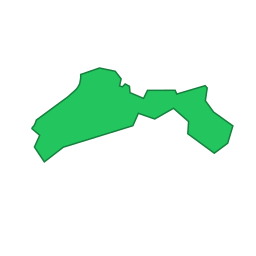 the district of Panyikang, Upper Nile, South Sudan, rotated 324°
{"feature_id": "79223893B85148589397174", "entity_name": "Panyikang", "entity_type": "district", "adm_level": 2, "iso_a3": "SSD", "parent_name": "South Sudan", "parent_adm1": "Upper Nile", "projection": "robinson", "projection_center": [31.399, 9.348], "detail": "fine", "context": "isolated", "style": "filled", "palette": "green", "viewbox_px": 256, "rotation_deg": 324, "n_neighbors": 0, "source": "geoboundaries", "source_scale": "gbopen_adm2", "svg_char_len": 749}
<svg xmlns="http://www.w3.org/2000/svg" viewBox="0 0 256 256"><g transform="rotate(324 128 128)"><path d="M40.4,106.2L64.4,105.5L96.4,116.4L133.3,129.0L145.0,122.2L154.9,136.4L176.4,138.8L180.8,158.4L173.0,167.8L183.0,199.1L199.7,198.9L214.1,187.9L206.6,165.4L206.6,151.4L215.6,142.2L215.3,139.1L187.4,129.2L188.3,125.2L165.9,109.0L158.0,113.2L150.4,100.6L153.7,95.1L151.6,90.7L147.7,91.4L145.9,89.0L151.3,84.2L151.0,74.6L140.2,62.7L121.2,56.9L119.3,59.5L117.8,61.1L115.7,63.1L114.4,64.1L113.1,64.7L111.0,65.7L109.1,66.2L107.1,66.5L104.5,66.8L101.8,67.0L99.4,67.3L96.7,67.5L89.3,67.5L58.5,67.7L57.7,68.3L56.4,69.2L54.4,70.4L52.6,71.1L51.0,71.3L49.9,72.1L52.3,82.0L41.1,88.4L40.4,106.2Z" fill="#22c55e" stroke="#15803d" stroke-width="1.5"/></g></svg>